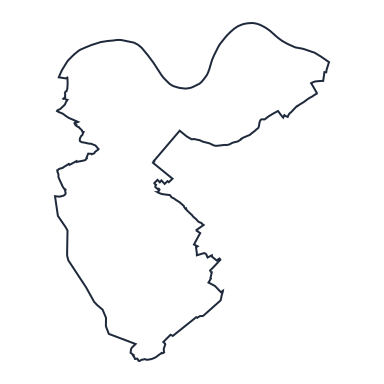 Berg en Dal, Gelderland, Netherlands (Mercator projection)
{"feature_id": "6326949B49757096528968", "entity_name": "Berg en Dal", "entity_type": "district", "adm_level": 2, "iso_a3": "NLD", "parent_name": "Netherlands", "parent_adm1": "Gelderland", "projection": "mercator", "projection_center": [5.939, 51.811], "detail": "fine", "context": "isolated", "style": "outline", "palette": "slate", "viewbox_px": 384, "rotation_deg": 0, "n_neighbors": 0, "source": "geoboundaries", "source_scale": "gbopen_adm2", "svg_char_len": 5665}
<svg xmlns="http://www.w3.org/2000/svg" viewBox="0 0 384 384"><path d="M68.3,260.3L82.3,281.6L86.0,287.2L94.1,301.8L97.4,305.3L102.6,309.7L106.0,317.8L105.9,326.2L108.8,333.9L135.6,344.0L131.8,347.7L131.0,349.3L130.6,352.8L131.7,353.6L132.4,354.2L133.4,354.9L132.9,355.2L133.4,356.1L133.8,355.8L134.1,355.7L134.0,355.8L134.0,356.1L133.9,356.1L134.1,356.8L134.5,357.5L134.8,358.8L135.4,359.0L137.0,358.6L137.3,358.7L137.5,358.9L137.8,359.3L138.4,360.7L139.4,361.0L139.8,360.9L141.2,359.9L141.8,359.7L143.1,359.6L144.8,359.1L146.1,359.6L147.0,359.8L151.4,359.1L154.7,357.8L156.1,357.0L161.5,353.0L161.9,353.4L163.3,352.9L164.0,352.5L164.1,352.4L163.9,351.4L163.8,350.1L163.8,348.7L165.3,344.2L164.8,343.4L163.3,342.0L170.5,334.8L172.8,335.9L196.2,317.2L197.4,317.8L198.2,317.1L199.9,316.2L200.3,316.1L201.4,316.0L202.4,316.1L203.1,315.8L203.8,315.3L220.6,300.4L220.7,300.0L221.3,297.5L221.6,295.6L222.7,292.0L222.9,290.8L220.9,292.2L215.1,286.1L211.5,284.1L208.5,282.6L210.9,278.6L210.4,278.0L211.1,275.5L211.7,272.7L211.4,272.8L211.1,272.1L210.1,270.5L214.1,266.5L216.8,263.6L218.5,261.7L220.4,259.8L220.1,259.3L219.4,258.5L216.7,260.5L212.1,256.8L211.9,255.3L207.6,257.5L206.2,254.2L205.8,254.0L205.4,253.6L204.3,253.1L203.0,253.4L196.9,255.3L196.8,252.9L196.0,247.1L197.0,246.7L197.6,246.3L194.0,244.5L197.5,238.0L200.2,233.1L196.9,230.9L197.2,230.6L196.6,229.9L203.6,225.0L202.3,224.1L202.2,223.8L200.8,222.7L200.0,222.5L198.5,221.7L197.9,221.2L197.6,220.9L196.2,219.2L194.0,217.4L192.9,216.4L192.0,215.0L191.2,214.4L187.1,210.5L186.3,209.4L186.1,208.5L185.5,208.9L184.3,207.2L183.9,206.4L183.8,205.9L183.2,205.4L179.8,202.4L175.0,199.3L174.5,198.9L173.7,198.3L172.1,197.6L171.6,197.4L171.0,196.6L170.5,195.8L170.4,195.5L170.1,195.3L169.5,195.0L165.8,194.6L161.8,194.0L159.6,193.2L158.4,192.7L157.4,192.1L157.9,192.1L158.1,192.0L158.4,191.4L159.2,190.4L159.5,189.5L158.6,188.7L157.9,189.3L155.3,187.0L155.3,186.1L156.0,184.8L155.2,184.3L154.3,183.1L157.5,179.9L159.8,182.3L161.4,180.4L164.6,183.9L167.5,181.2L168.8,182.2L172.5,178.7L153.0,162.8L154.2,161.5L153.7,161.1L155.3,159.4L157.2,157.0L157.3,157.0L179.7,130.7L183.6,133.9L185.8,135.7L187.3,136.8L191.7,139.3L192.3,139.3L193.4,139.0L193.6,139.1L195.1,139.2L197.8,139.9L199.3,140.1L200.3,140.5L202.0,141.3L203.0,141.7L207.8,142.9L209.3,143.3L210.5,143.8L213.5,145.3L215.0,145.7L215.9,145.8L217.0,145.8L224.0,145.0L225.2,144.9L226.4,145.1L228.7,144.6L229.6,144.3L230.2,144.0L231.8,143.1L233.0,142.6L237.5,141.5L238.0,141.3L238.8,140.8L241.2,139.3L241.2,139.2L241.1,138.9L243.1,137.7L244.8,137.0L247.6,135.8L249.7,135.0L251.5,133.4L254.1,131.5L256.7,129.2L257.8,128.4L258.2,128.0L258.5,127.5L258.8,126.5L259.0,125.8L259.4,122.9L259.9,121.4L260.3,120.4L260.8,119.8L261.2,119.5L261.9,119.3L264.2,119.4L264.8,119.3L268.4,116.5L273.0,113.7L278.0,111.0L280.2,114.0L281.8,116.0L283.2,117.6L284.0,115.8L284.4,115.1L285.2,115.8L286.0,116.2L287.7,116.9L288.7,114.6L289.6,113.4L290.5,112.7L291.2,112.1L296.6,106.4L297.6,105.8L297.7,106.0L299.1,104.9L304.0,101.9L308.0,98.9L309.4,98.0L312.6,96.3L313.7,95.4L316.8,93.6L316.9,93.1L312.8,85.9L311.1,83.2L312.6,82.4L314.9,81.5L320.0,81.0L323.2,80.9L324.4,72.1L326.2,72.3L326.6,69.7L329.0,62.1L321.0,56.6L314.6,52.7L313.1,52.2L303.4,48.9L300.9,48.4L295.3,47.4L287.5,43.9L282.7,41.2L280.9,40.0L278.0,37.8L275.6,35.8L270.1,30.9L267.2,28.8L265.4,27.6L263.6,26.6L259.8,24.7L256.3,23.6L252.8,23.0L248.5,23.2L246.3,23.5L243.7,24.0L241.8,24.6L237.6,26.4L234.2,28.7L230.5,31.9L227.3,35.1L225.2,37.5L221.6,42.0L219.5,44.7L218.0,47.4L214.0,55.4L212.0,60.1L209.4,68.9L207.9,73.0L206.5,75.6L203.6,79.5L201.6,81.8L200.6,82.8L199.3,83.8L192.6,87.1L190.6,87.8L188.8,88.2L186.3,88.5L184.5,88.5L179.4,87.9L175.6,86.8L174.0,86.3L172.1,85.5L169.4,83.7L164.8,79.1L163.5,77.7L162.3,76.2L161.1,74.6L159.9,72.7L153.4,62.7L147.9,55.3L141.6,47.7L138.1,44.8L133.9,42.6L121.2,40.0L117.4,39.9L113.3,40.5L107.6,41.0L100.6,42.1L99.7,42.4L91.5,45.0L85.1,47.6L80.1,49.8L78.7,50.7L77.2,51.9L75.0,53.7L72.8,55.7L68.9,59.6L67.5,61.2L66.5,62.7L61.9,70.2L59.9,74.7L58.8,77.3L65.6,78.4L67.3,77.6L67.4,78.0L67.6,82.1L67.6,84.1L67.5,85.3L67.4,88.3L66.5,91.3L65.6,91.5L64.9,93.0L64.9,93.5L65.2,94.2L65.3,94.6L65.0,95.8L65.2,97.3L64.5,97.6L63.3,98.8L63.5,98.9L64.2,98.4L64.4,98.4L64.7,98.6L65.8,99.4L67.4,99.9L66.9,100.4L66.8,100.8L66.0,102.1L65.1,104.1L64.6,104.9L61.2,108.1L60.6,108.7L59.7,109.3L58.3,109.8L57.7,110.5L57.3,110.5L57.0,111.1L59.1,112.2L62.4,113.5L63.1,113.9L66.4,116.4L69.0,118.0L73.7,120.0L78.0,121.9L75.7,122.9L75.0,122.7L74.8,123.1L74.5,123.2L75.1,124.5L76.3,125.0L76.0,125.6L77.8,126.8L78.6,127.2L78.8,127.1L79.2,127.6L79.9,128.4L81.5,129.9L82.1,130.6L82.2,131.2L82.2,131.5L82.7,131.8L83.6,132.0L83.4,132.5L82.8,133.6L82.4,134.9L82.2,135.2L81.3,135.8L80.5,137.2L79.9,138.7L79.8,139.1L79.7,139.5L79.9,140.5L80.0,141.1L81.2,141.9L81.8,142.2L84.9,142.7L88.7,143.6L90.9,143.7L94.2,145.0L95.2,145.4L95.8,145.9L97.9,148.4L98.5,149.0L98.3,149.2L98.1,149.7L97.8,149.9L95.2,151.7L94.3,153.2L93.9,153.5L92.8,153.8L92.0,154.1L92.0,153.9L88.2,153.6L86.6,157.5L86.9,158.3L86.3,158.5L85.8,159.5L85.6,159.8L85.3,160.0L84.4,160.4L77.8,161.7L77.4,161.6L76.8,161.9L76.5,161.1L69.5,164.9L69.4,164.9L68.8,163.9L62.4,167.9L62.4,168.0L59.3,168.8L58.1,169.7L57.8,170.3L57.2,170.4L57.2,170.5L57.5,171.5L57.5,172.1L57.8,172.5L58.1,173.2L58.5,175.1L58.4,176.5L58.6,177.5L59.9,180.5L60.0,180.8L60.8,182.4L61.8,184.6L62.6,186.5L64.8,189.7L65.3,189.4L65.6,189.8L65.3,190.5L65.2,191.2L65.3,191.7L65.6,193.0L65.5,193.7L65.3,194.2L65.0,194.6L63.8,195.5L62.5,196.0L59.6,196.6L58.7,196.6L55.0,196.2L57.9,215.9L65.5,227.0L67.5,230.5L67.1,254.1L67.1,255.1L67.3,256.3L68.3,260.3Z" fill="none" stroke="#1e293b" stroke-width="2"/></svg>